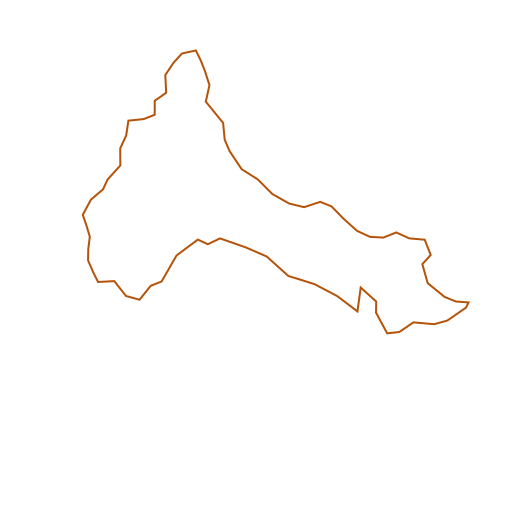 outline of Palaiometocho, Nicosia, Cyprus, rotated 42°
{"feature_id": "46923920B18334811709617", "entity_name": "Palaiometocho", "entity_type": "district", "adm_level": 2, "iso_a3": "CYP", "parent_name": "Cyprus", "parent_adm1": "Nicosia", "projection": "albers", "projection_center": [33.213, 35.123], "detail": "fine", "context": "isolated", "style": "outline", "palette": "amber", "viewbox_px": 512, "rotation_deg": 42, "n_neighbors": 0, "source": "geoboundaries", "source_scale": "gbopen_adm2", "svg_char_len": 1070}
<svg xmlns="http://www.w3.org/2000/svg" viewBox="0 0 512 512"><g transform="rotate(42 256 256)"><path d="M445.0,148.3L435.1,156.0L423.6,160.2L401.8,161.3L385.1,150.8L385.1,138.3L370.5,131.0L358.0,140.4L344.5,144.6L338.3,157.1L327.9,165.5L314.3,169.7L295.6,169.7L278.9,168.6L267.5,172.8L259.1,187.5L245.6,194.8L226.8,199.0L206.0,197.9L187.3,201.1L166.4,195.8L155.0,190.6L142.5,179.1L115.4,174.9L107.1,160.2L94.6,152.9L84.2,147.7L73.8,143.5L65.5,155.0L65.4,167.5L67.5,182.2L80.0,194.8L76.9,208.4L86.2,218.8L81.0,229.3L76.4,234.4L70.6,240.8L78.9,253.3L83.1,266.9L94.6,279.5L94.5,298.3L97.7,308.8L95.6,324.5L99.7,341.3L109.1,346.5L119.5,352.8L126.8,363.2L134.1,371.6L145.6,376.9L156.0,381.0L167.5,369.5L186.2,372.7L198.7,366.4L197.7,348.6L202.9,338.1L196.6,308.8L201.8,282.7L212.3,279.5L217.5,267.0L242.5,256.5L264.3,249.2L278.9,249.2L293.5,249.2L307.0,242.9L318.5,237.7L343.5,231.4L368.5,229.3L354.9,209.4L375.8,209.4L383.1,217.8L405.2,225.7L413.3,216.7L417.4,200.0L434.1,187.4L441.4,175.9L446.6,153.9L445.0,148.3Z" fill="none" stroke="#b45309" stroke-width="2"/></g></svg>